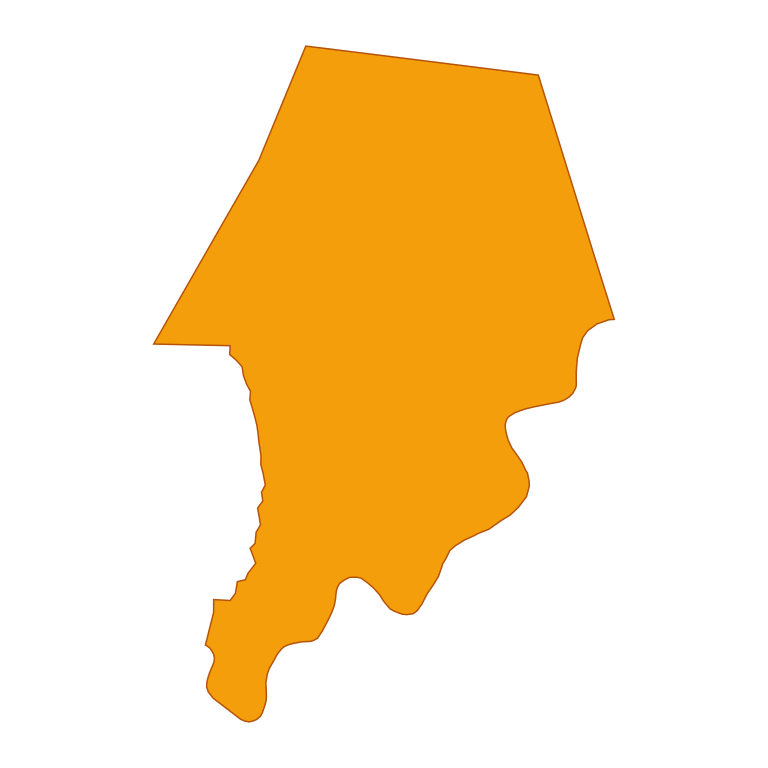 the district of Concepción, Misiones, Argentina
{"feature_id": "61730980B41653998480199", "entity_name": "Concepción", "entity_type": "district", "adm_level": 2, "iso_a3": "ARG", "parent_name": "Argentina", "parent_adm1": "Misiones", "projection": "orthographic", "projection_center": [-55.471, -27.961], "detail": "fine", "context": "isolated", "style": "filled", "palette": "amber", "viewbox_px": 768, "rotation_deg": 0, "n_neighbors": 0, "source": "geoboundaries", "source_scale": "gbopen_adm2", "svg_char_len": 2826}
<svg xmlns="http://www.w3.org/2000/svg" viewBox="0 0 768 768"><path d="M538.3,75.1L343.3,50.7L337.5,50.0L305.8,46.1L258.7,160.7L254.2,168.4L241.5,190.6L231.5,208.0L153.7,344.0L156.5,344.1L230.2,345.7L229.7,354.5L236.4,360.3L242.1,366.8L243.5,375.7L246.4,383.7L250.5,391.4L249.8,399.8L252.3,408.1L254.7,416.5L256.9,425.2L258.1,433.9L259.0,442.7L261.0,455.7L260.8,464.6L263.0,472.8L265.3,485.0L261.5,492.2L262.8,501.0L257.6,508.1L259.1,516.4L259.2,516.5L259.7,520.3L260.5,524.9L256.1,532.3L255.1,543.4L250.1,548.3L253.0,555.8L255.7,563.3L248.1,573.1L246.3,577.4L245.3,579.8L237.4,581.6L237.0,584.0L235.4,593.3L230.2,600.5L213.7,599.6L213.6,612.6L209.6,628.3L208.5,632.7L207.4,637.4L206.0,642.7L205.5,644.9L205.4,645.1L207.2,646.0L210.1,648.3L210.7,649.3L212.1,651.3L213.7,654.5L214.0,656.1L214.4,657.8L214.1,661.4L212.8,665.1L211.3,668.6L209.6,672.8L208.5,676.0L207.4,679.9L206.7,683.8L206.7,687.2L208.3,691.9L210.0,694.1L213.3,698.3L224.5,706.9L230.2,711.3L235.9,715.6L240.8,719.4L245.0,721.1L249.0,721.9L252.9,721.0L256.6,719.5L258.9,717.6L260.6,716.1L262.4,712.5L263.6,709.3L264.7,705.9L266.1,700.8L266.4,696.2L266.2,690.2L266.0,686.2L265.9,682.3L266.6,678.3L267.3,674.0L269.5,668.0L271.5,664.6L274.3,659.7L276.2,656.1L278.0,653.2L280.4,650.3L282.5,648.0L283.9,646.9L287.7,645.0L293.0,643.5L301.8,641.8L310.4,641.4L313.4,640.5L317.5,638.3L322.2,631.2L327.7,620.9L331.7,612.6L333.5,607.8L334.6,604.1L335.5,599.1L335.6,597.8L335.9,594.4L336.4,590.9L337.3,587.5L339.3,583.9L339.4,583.7L339.9,583.3L343.3,580.7L345.2,579.5L349.5,577.4L356.6,577.2L361.0,578.1L367.7,582.9L373.6,588.0L379.7,594.9L381.4,597.7L383.6,601.2L390.0,608.8L391.1,609.4L393.7,611.0L402.1,614.2L407.0,614.6L413.2,613.7L417.3,610.6L420.8,605.5L421.7,604.5L427.1,593.9L432.8,585.6L438.5,576.3L442.3,565.4L442.6,563.9L446.1,558.3L449.8,550.5L450.5,549.9L456.0,545.2L459.8,543.0L464.3,540.1L470.5,537.3L474.4,535.5L478.3,533.4L480.8,532.4L488.9,529.2L497.4,523.2L502.0,520.0L510.1,515.1L518.3,507.4L526.5,496.6L529.4,485.7L529.2,482.6L529.1,481.0L527.4,472.9L526.0,470.9L523.7,466.0L521.7,461.9L514.9,452.1L511.8,447.9L509.9,443.8L508.0,439.5L506.7,434.9L506.2,432.9L506.0,431.9L505.5,429.0L505.4,428.3L505.2,424.8L506.1,421.0L507.2,418.4L507.3,418.1L509.2,416.3L512.6,414.2L515.1,412.6L520.5,410.6L524.8,409.1L534.1,406.8L540.8,405.5L547.7,404.1L548.7,403.9L558.4,402.2L563.3,400.5L568.8,397.2L572.3,393.8L572.7,393.5L574.4,390.3L575.5,388.3L576.1,386.2L576.3,385.3L576.3,382.3L576.2,372.2L577.2,359.6L577.2,358.8L580.0,347.0L580.8,343.6L581.5,341.4L582.4,338.6L582.7,337.7L585.3,334.0L586.6,332.1L587.6,330.7L588.4,330.1L596.4,324.3L596.8,324.0L608.5,319.9L609.1,319.7L609.3,319.7L610.8,319.6L612.9,319.5L614.3,319.4L614.2,319.1L613.5,316.9L613.2,316.0L592.5,250.1L587.0,232.3L541.7,86.1L538.3,75.1Z" fill="#f59e0b" stroke="#b45309" stroke-width="1.5"/></svg>